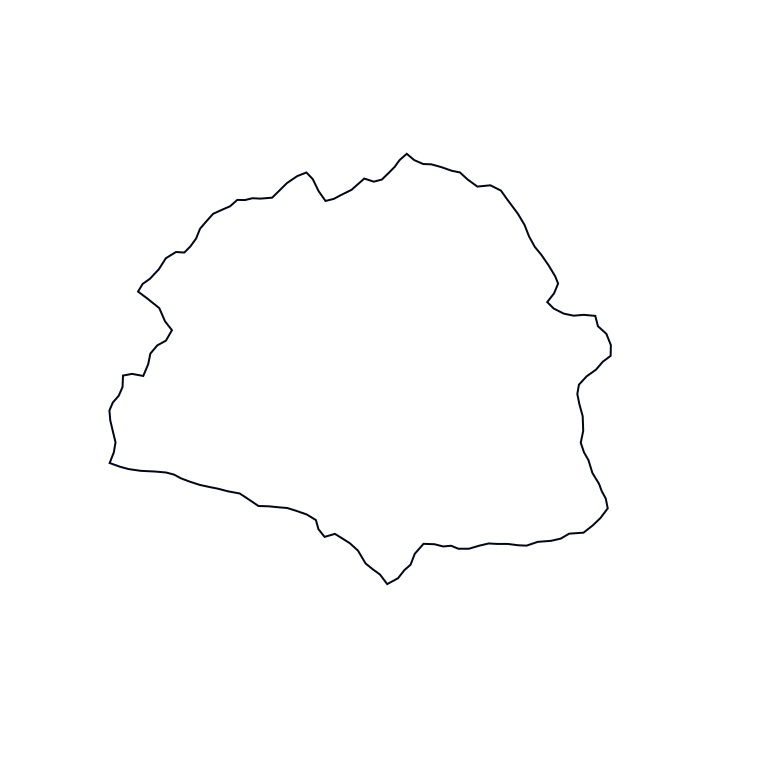 Pedralva, Minas Gerais, Brazil (Mercator projection), rotated 216°
{"feature_id": "56859067B80700931197230", "entity_name": "Pedralva", "entity_type": "district", "adm_level": 2, "iso_a3": "BRA", "parent_name": "Brazil", "parent_adm1": "Minas Gerais", "projection": "mercator", "projection_center": [-45.453, -22.248], "detail": "fine", "context": "isolated", "style": "outline", "palette": "ink", "viewbox_px": 768, "rotation_deg": 216, "n_neighbors": 0, "source": "geoboundaries", "source_scale": "gbopen_adm2", "svg_char_len": 2050}
<svg xmlns="http://www.w3.org/2000/svg" viewBox="0 0 768 768"><g transform="rotate(216 384 384)"><path d="M263.8,224.0L258.5,235.1L258.1,245.4L256.3,253.4L259.3,264.7L258.1,277.9L248.9,284.1L240.7,287.3L234.6,292.6L227.1,294.4L218.5,300.6L211.9,309.2L205.6,316.5L198.2,321.3L189.8,327.4L180.5,332.5L173.7,337.0L166.8,346.7L156.8,355.2L150.2,362.7L146.2,371.8L135.2,381.0L132.0,392.3L130.1,402.9L129.9,414.9L137.3,421.7L144.7,425.2L151.5,429.7L163.1,434.5L173.7,442.5L181.9,446.2L190.3,452.1L195.3,463.2L204.3,474.7L214.3,482.7L221.7,489.5L225.9,498.0L224.6,509.2L220.9,520.3L220.1,530.6L217.2,540.0L223.3,548.8L233.6,555.3L244.9,556.5L253.1,563.3L263.0,557.4L270.8,550.7L279.9,546.6L291.0,544.8L300.1,546.2L299.7,557.4L302.2,567.6L308.9,571.8L320.5,576.7L332.7,581.0L342.7,583.6L353.5,588.7L363.8,595.3L375.4,600.3L384.9,603.3L393.9,606.1L403.1,609.2L414.7,607.3L424.5,598.6L436.6,598.6L446.9,599.8L454.6,596.3L465.0,593.2L474.9,589.5L481.6,585.0L491.1,582.9L500.9,583.6L503.0,574.4L503.0,565.9L504.3,557.4L505.9,548.1L511.2,541.7L520.7,538.6L524.4,522.0L529.7,511.9L533.4,504.3L538.9,497.7L550.5,501.7L562.1,507.9L571.1,509.5L576.4,501.2L580.6,489.5L584.0,469.0L593.0,461.3L599.6,457.0L604.6,451.1L610.9,446.7L613.0,437.3L617.5,429.7L622.3,421.2L623.3,411.4L624.1,401.5L621.5,391.2L621.5,381.8L622.8,373.0L629.9,368.5L634.4,357.5L633.6,344.5L635.2,331.6L638.1,323.1L637.3,314.2L625.2,314.0L610.4,313.3L598.0,306.0L587.2,302.9L585.9,290.9L590.1,282.0L590.9,271.3L586.4,261.4L583.5,249.0L593.8,244.1L600.1,237.4L593.8,228.0L591.7,218.6L592.5,209.7L590.6,201.2L584.0,193.6L574.8,185.7L566.9,179.0L562.4,169.9L559.5,158.8L548.9,161.9L540.5,165.1L529.7,170.8L517.8,178.6L508.3,184.3L500.6,187.3L493.0,188.3L484.5,190.6L473.7,194.1L464.6,198.1L456.8,201.7L447.3,205.4L436.4,210.6L425.8,211.1L413.9,211.5L405.2,217.4L396.3,222.6L389.4,226.8L380.2,229.9L369.9,233.0L359.1,233.9L351.7,228.0L342.2,225.4L335.6,233.9L326.1,234.6L317.9,235.1L307.1,233.9L293.5,228.0L284.1,227.5L275.3,227.5L263.8,224.0Z" fill="none" stroke="#020617" stroke-width="2"/></g></svg>